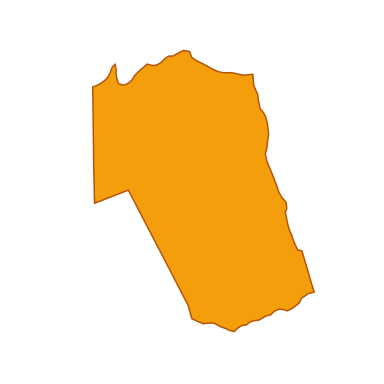 the district of Graça, Ceará, Brazil, rotated 161°
{"feature_id": "56859067B95005657066987", "entity_name": "Graça", "entity_type": "district", "adm_level": 2, "iso_a3": "BRA", "parent_name": "Brazil", "parent_adm1": "Ceará", "projection": "equal_earth", "projection_center": [-40.793, -4.044], "detail": "fine", "context": "isolated", "style": "filled", "palette": "amber", "viewbox_px": 384, "rotation_deg": 161, "n_neighbors": 0, "source": "geoboundaries", "source_scale": "gbopen_adm2", "svg_char_len": 1472}
<svg xmlns="http://www.w3.org/2000/svg" viewBox="0 0 384 384"><g transform="rotate(161 192 192)"><path d="M233.4,72.3L229.3,68.2L224.1,63.7L218.3,62.5L213.8,60.8L209.0,55.4L204.5,51.9L201.8,49.1L197.4,46.3L193.5,48.3L188.5,49.5L183.9,48.6L179.5,50.2L174.8,50.0L170.4,49.1L166.2,50.0L161.1,50.8L157.7,50.2L153.0,52.5L147.6,52.9L143.8,51.0L140.5,48.6L136.8,49.0L132.2,50.2L126.7,52.2L122.9,56.1L119.4,56.8L115.3,58.1L109.1,57.6L108.6,71.6L108.2,77.8L107.3,100.8L111.0,102.8L111.5,107.7L111.9,113.4L111.8,119.0L112.3,123.9L112.1,129.3L111.2,136.1L110.4,142.3L107.7,145.7L106.4,151.9L108.8,157.6L109.9,163.2L109.9,171.5L110.2,180.9L110.6,188.0L111.2,196.3L110.3,204.0L107.7,207.9L105.7,211.8L103.1,217.2L100.6,222.1L99.6,226.8L98.4,232.7L97.9,238.3L98.6,243.7L100.4,248.8L99.5,256.3L98.1,263.2L98.6,268.1L98.9,273.1L97.5,278.1L96.2,283.5L101.3,284.7L105.5,285.8L109.9,288.4L114.3,291.1L117.7,292.7L121.2,293.8L124.4,295.0L127.9,297.2L133.2,302.1L138.3,307.9L141.6,311.3L145.1,314.8L148.5,319.5L148.5,325.5L154.0,328.7L160.6,327.7L165.5,326.7L170.0,328.1L174.8,326.7L179.2,324.5L183.9,323.5L188.4,324.5L192.7,327.5L200.3,324.5L204.3,322.8L208.1,320.9L211.6,317.9L215.8,315.9L221.4,315.1L226.3,318.4L225.8,327.2L224.0,332.2L223.1,337.7L226.7,336.1L230.4,331.7L233.4,328.6L236.6,326.5L241.5,324.8L246.2,323.7L251.6,323.7L276.5,248.5L278.1,243.5L287.8,213.1L251.6,214.5L237.7,121.2L237.1,116.8L232.6,86.1L233.4,72.3Z" fill="#f59e0b" stroke="#b45309" stroke-width="1.5"/></g></svg>